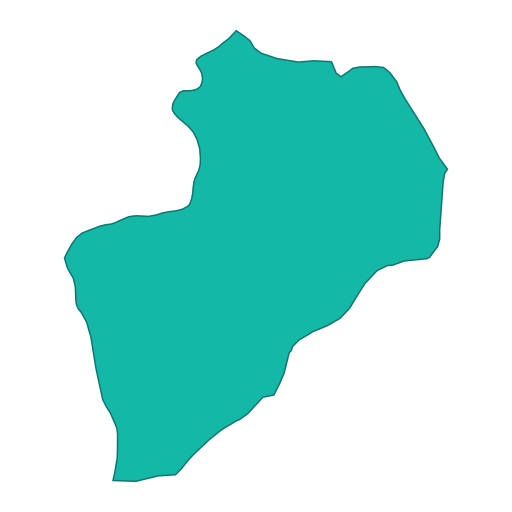 Zunil, Quezaltenango, Guatemala (Mercator projection)
{"feature_id": "79465075B54074459386490", "entity_name": "Zunil", "entity_type": "district", "adm_level": 2, "iso_a3": "GTM", "parent_name": "Guatemala", "parent_adm1": "Quezaltenango", "projection": "mercator", "projection_center": [-91.503, 14.742], "detail": "fine", "context": "isolated", "style": "filled", "palette": "teal", "viewbox_px": 512, "rotation_deg": 0, "n_neighbors": 0, "source": "geoboundaries", "source_scale": "gbopen_adm2", "svg_char_len": 1949}
<svg xmlns="http://www.w3.org/2000/svg" viewBox="0 0 512 512"><path d="M236.2,30.7L228.9,38.5L222.7,43.2L218.8,46.6L213.9,49.9L208.2,52.6L201.1,56.1L197.2,59.1L196.3,60.9L196.1,62.9L196.8,64.8L199.1,68.2L200.8,71.2L201.8,73.8L202.5,78.1L202.1,81.9L200.8,85.6L199.7,87.2L196.9,89.1L193.8,90.2L190.3,90.7L183.2,90.8L179.8,92.3L178.0,94.8L174.4,100.6L172.7,104.5L172.3,108.9L172.9,111.0L174.7,113.8L177.2,116.7L180.2,119.5L188.1,126.2L193.3,132.1L196.9,139.1L199.7,148.6L200.4,158.0L200.2,164.6L198.9,170.1L195.2,178.0L193.9,182.1L193.1,188.2L192.7,193.4L191.7,198.7L190.2,202.7L189.0,205.1L186.9,206.8L182.4,209.2L175.7,210.9L168.3,211.8L161.9,213.1L156.9,214.8L148.6,216.4L137.1,215.8L132.8,216.1L128.6,216.8L119.3,220.7L116.1,222.4L111.1,224.1L106.5,224.6L100.3,226.0L89.2,230.2L81.9,233.2L76.5,237.6L71.9,244.0L67.7,251.4L64.5,257.9L67.3,267.7L70.7,273.8L73.2,278.1L74.3,282.3L75.3,286.7L75.9,300.7L76.5,304.9L78.4,309.0L81.3,312.5L86.7,322.2L88.9,330.3L90.9,336.8L96.0,368.6L102.7,399.5L106.2,406.5L110.6,413.4L116.8,428.0L117.6,434.1L117.5,448.4L117.2,458.3L114.6,473.5L113.0,480.5L135.9,481.3L158.0,475.9L175.5,474.7L181.1,469.1L188.3,460.1L193.7,454.3L209.2,439.7L220.6,430.5L225.3,427.4L230.9,424.2L236.6,420.6L239.5,419.6L247.9,413.5L262.9,397.2L273.9,395.0L279.6,383.6L284.1,373.1L289.2,352.7L291.1,350.8L292.8,346.2L299.4,339.7L310.0,333.5L312.3,331.9L326.8,325.9L340.1,318.3L349.4,308.5L359.9,291.4L365.1,283.3L377.2,270.5L387.3,265.6L392.5,265.2L404.1,261.0L426.7,258.7L429.4,257.5L435.6,249.1L437.5,247.1L439.7,239.0L439.7,229.6L443.1,182.7L444.6,173.5L447.5,169.2L439.1,157.8L434.4,148.3L424.0,128.7L413.8,112.7L405.2,99.1L402.0,93.4L399.6,88.9L396.6,81.6L389.9,72.7L383.6,67.5L375.4,66.6L359.9,67.0L352.7,68.3L350.4,70.2L341.1,76.7L336.2,73.2L331.5,61.8L329.4,61.6L313.7,60.8L298.3,62.1L276.8,58.5L261.1,53.2L254.0,47.8L251.3,42.7L249.7,40.5L246.1,37.6L241.8,34.4L236.2,30.7Z" fill="#14b8a6" stroke="#0f766e" stroke-width="1.5"/></svg>